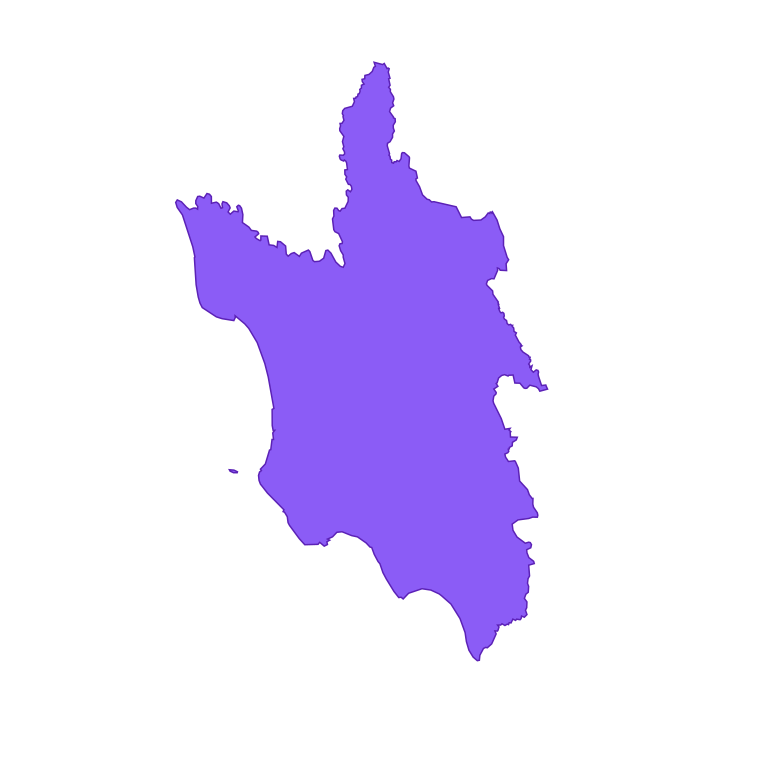 Ogan Komering Ilir, Sumatera Selatan, Indonesia, rotated 152°
{"feature_id": "22746128B6554957987252", "entity_name": "Ogan Komering Ilir", "entity_type": "district", "adm_level": 2, "iso_a3": "IDN", "parent_name": "Indonesia", "parent_adm1": "Sumatera Selatan", "projection": "equal_earth", "projection_center": [105.107, -3.327], "detail": "fine", "context": "isolated", "style": "filled", "palette": "violet", "viewbox_px": 768, "rotation_deg": 152, "n_neighbors": 0, "source": "geoboundaries", "source_scale": "gbopen_adm2", "svg_char_len": 6169}
<svg xmlns="http://www.w3.org/2000/svg" viewBox="0 0 768 768"><g transform="rotate(152 384 384)"><path d="M242.0,302.7L241.8,306.0L241.6,307.1L241.0,306.9L245.6,308.7L244.0,318.2L243.3,320.4L241.9,322.0L241.7,323.7L243.0,325.0L246.6,324.3L247.5,327.7L244.8,330.6L247.4,330.3L246.6,332.2L246.9,333.7L243.7,335.4L243.2,336.7L243.9,337.5L242.4,339.0L243.4,339.9L243.1,341.1L246.3,347.0L247.0,350.2L246.2,352.7L244.3,352.9L245.0,353.9L244.4,354.5L245.1,357.7L245.1,365.5L243.1,367.0L244.5,369.3L243.2,372.6L243.7,374.5L242.9,375.4L243.8,375.7L244.2,377.2L246.1,377.6L246.9,379.5L246.0,382.5L247.2,384.9L247.0,386.9L245.9,387.5L245.0,390.1L245.6,391.6L247.3,391.9L247.7,393.5L247.3,396.8L246.5,396.5L245.8,400.4L245.3,400.4L245.2,402.3L244.6,402.7L245.7,412.0L244.4,415.2L246.7,422.7L246.6,424.3L243.9,426.8L239.6,426.6L237.5,425.2L230.3,431.0L229.4,433.2L228.1,431.7L228.0,429.9L222.5,426.6L219.7,432.9L215.6,435.2L215.8,438.0L213.5,450.1L209.3,458.0L208.9,466.5L207.2,475.7L207.4,485.0L208.5,484.2L208.7,485.6L209.7,485.9L210.5,484.9L211.7,486.1L216.2,484.0L221.5,483.3L228.1,486.4L229.4,488.5L229.6,491.2L237.4,494.6L237.1,506.6L254.3,521.5L256.5,522.4L257.6,525.5L259.2,526.9L261.2,532.9L260.0,541.5L260.2,548.6L259.5,550.1L257.8,550.2L255.9,556.9L260.2,562.7L259.7,564.8L255.3,571.7L255.2,572.9L257.4,578.6L259.2,579.7L260.3,579.1L263.2,574.9L266.2,573.4L267.6,575.2L269.0,574.5L270.6,575.5L271.9,574.5L273.2,575.9L272.1,578.1L272.8,579.4L271.8,582.3L272.2,583.7L271.0,584.7L269.3,592.8L267.9,594.9L264.9,595.1L260.6,597.8L259.1,600.7L256.1,602.5L255.6,605.6L254.4,608.1L250.9,610.2L249.6,613.1L250.7,614.6L250.3,615.3L251.2,621.9L248.7,624.5L244.8,625.1L244.4,628.2L241.5,630.9L240.8,633.2L241.2,639.1L240.0,641.2L240.6,643.8L238.4,644.9L236.6,651.3L235.2,651.1L233.8,657.4L231.4,659.9L232.0,661.0L233.2,661.0L233.3,666.9L235.2,666.7L241.7,672.7L242.5,668.5L244.3,668.4L247.6,665.5L251.9,664.4L256.0,665.4L257.7,662.6L260.4,663.3L261.2,661.1L260.8,658.2L263.7,658.4L265.0,655.9L267.1,655.5L267.6,653.8L269.5,652.0L270.8,652.2L272.4,650.2L274.1,650.5L274.8,649.6L276.7,650.4L277.6,647.1L281.6,644.1L289.3,645.8L292.1,644.7L293.9,642.3L293.9,639.9L294.7,639.3L295.6,635.6L298.8,633.9L300.5,634.7L301.2,632.3L303.3,630.2L304.1,628.3L303.2,621.5L306.9,617.5L308.1,612.4L309.9,611.0L309.9,607.5L310.8,605.6L312.6,605.1L315.5,606.9L316.5,606.1L317.1,603.3L316.7,601.9L314.9,599.8L313.9,600.4L313.1,598.8L313.2,596.8L315.6,590.5L318.1,591.4L320.1,587.4L319.7,584.4L321.6,582.8L321.7,577.0L320.4,576.2L320.0,574.0L320.9,571.0L323.4,569.5L324.8,572.4L326.8,572.0L328.4,568.6L327.9,565.6L330.0,562.0L336.0,557.6L338.7,558.6L341.6,557.2L342.6,558.4L343.0,561.3L344.8,562.4L347.0,560.9L349.4,555.8L352.0,553.9L355.9,543.8L355.8,541.5L353.4,538.1L353.9,529.1L355.0,527.7L357.0,528.5L358.7,527.1L359.7,522.1L359.4,517.1L360.5,515.1L361.9,508.7L365.2,506.2L367.3,508.4L369.3,514.3L369.4,524.5L370.7,528.6L372.7,529.1L378.2,523.4L383.4,522.7L388.0,524.7L388.8,526.5L387.3,535.8L387.9,537.8L395.5,538.3L398.8,536.4L401.6,542.2L404.6,542.7L408.6,541.9L409.3,544.6L406.1,552.0L408.6,558.2L410.9,559.8L414.4,554.8L416.3,558.1L420.1,560.8L417.7,569.3L423.2,572.5L425.2,568.9L426.1,568.7L428.4,572.3L428.9,574.4L424.1,575.5L423.9,577.0L424.6,578.7L429.0,581.9L429.6,585.9L433.2,593.0L429.1,599.8L427.3,606.1L427.7,609.2L428.7,610.2L430.8,609.6L431.3,605.3L432.0,604.6L435.4,607.2L440.0,606.1L440.9,609.1L437.2,611.7L436.9,613.9L437.8,617.8L440.6,620.6L442.5,619.1L443.8,615.5L445.4,615.7L445.3,620.8L446.1,622.4L446.7,623.3L451.5,624.6L448.4,630.6L449.0,633.5L450.9,635.3L455.7,632.7L458.5,636.3L460.5,637.0L464.1,634.2L465.5,631.6L465.1,628.2L466.5,625.9L467.5,627.6L469.5,628.7L473.8,629.2L475.4,632.8L477.3,639.9L480.1,643.6L482.7,642.1L483.7,637.0L482.6,627.9L488.4,595.0L491.3,584.9L492.1,584.6L503.3,559.8L507.2,548.0L508.5,541.8L508.6,536.8L500.5,522.0L496.3,517.7L486.8,510.5L484.1,512.5L483.4,514.1L478.7,502.5L477.3,496.6L476.5,480.1L479.6,458.1L482.9,444.6L492.7,414.1L494.7,414.1L502.2,399.8L503.7,395.0L502.3,394.4L505.2,393.0L507.6,386.9L508.9,387.6L514.8,379.2L516.1,379.4L526.3,369.1L533.1,366.8L532.9,365.1L535.2,364.7L537.7,362.2L539.6,357.5L540.1,353.6L538.1,342.4L531.4,319.9L533.0,318.7L532.0,317.5L531.7,312.2L533.8,306.6L533.8,303.4L531.4,287.2L529.4,279.3L517.5,273.4L515.1,274.4L512.9,268.9L509.3,268.8L508.5,271.5L505.3,271.6L506.7,273.6L501.2,273.2L495.2,275.2L490.4,273.2L483.7,265.3L479.2,261.5L474.4,252.1L472.9,246.6L471.6,245.4L472.6,238.1L472.6,230.0L472.0,227.2L473.5,217.9L473.5,210.7L472.6,196.2L471.2,188.5L469.0,187.7L468.0,185.2L460.5,187.7L446.6,185.4L439.4,180.1L433.8,172.7L432.6,170.0L428.2,158.3L427.0,141.2L429.1,126.4L432.2,117.8L434.0,109.0L433.5,101.0L431.5,95.9L429.5,95.3L426.7,99.5L420.3,103.8L417.9,103.7L416.6,102.6L410.9,104.0L402.3,110.7L402.0,113.9L399.8,112.6L398.9,113.1L396.5,115.5L396.9,117.8L394.1,116.4L392.4,116.9L390.6,114.0L387.9,114.1L387.0,113.1L385.5,114.5L384.0,113.4L380.6,115.9L378.8,113.5L377.3,114.1L374.5,112.0L373.1,112.5L371.5,114.5L369.6,112.2L366.0,113.3L365.3,117.8L363.0,119.5L360.1,124.5L360.7,128.8L357.4,131.8L354.4,132.4L351.3,137.4L350.9,140.6L348.2,144.5L345.6,146.2L341.3,156.1L335.6,154.9L335.1,157.2L337.6,162.7L337.0,167.9L335.8,170.7L331.3,170.5L329.2,172.9L329.3,175.3L330.5,176.4L334.0,177.1L338.4,186.4L338.8,194.3L336.6,200.1L329.5,201.1L319.3,197.3L315.3,196.7L311.1,194.4L309.8,195.9L309.1,198.3L309.8,205.0L309.0,208.1L306.2,213.0L306.9,213.3L307.7,217.9L306.9,223.4L309.8,234.6L304.9,246.7L304.4,253.5L304.6,254.8L310.5,257.2L311.0,262.3L310.2,265.4L307.0,265.2L305.5,265.9L304.9,268.1L303.8,267.9L303.1,269.1L299.8,269.2L298.0,272.2L293.5,272.5L291.3,274.4L297.2,277.8L295.2,282.2L294.4,282.3L295.2,284.7L293.5,285.6L298.5,287.3L296.7,298.4L296.2,315.6L295.6,318.0L292.8,321.7L289.7,322.7L288.9,323.9L289.4,328.0L284.5,328.5L284.7,331.8L283.5,332.0L280.0,335.5L276.0,336.3L273.1,335.6L270.7,332.8L269.6,333.1L265.8,331.3L268.0,323.4L263.6,320.9L262.4,315.0L261.5,313.9L259.9,313.2L255.8,314.5L250.9,310.0L249.8,307.3L249.8,304.5L242.0,302.7ZM555.3,374.6L554.6,375.3L556.9,378.4L560.8,380.9L560.8,379.3L558.5,376.3L555.3,374.6Z" fill="#8b5cf6" stroke="#5b21b6" stroke-width="1.5"/></g></svg>